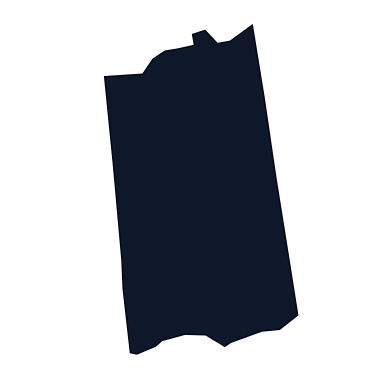 outline of Chester, South Carolina, United States of America, rotated 81°
{"feature_id": "52423323B83893074042223", "entity_name": "Chester", "entity_type": "district", "adm_level": 2, "iso_a3": "USA", "parent_name": "United States of America", "parent_adm1": "South Carolina", "projection": "orthographic", "projection_center": [-81.171, 34.683], "detail": "fine", "context": "isolated", "style": "filled", "palette": "ink", "viewbox_px": 384, "rotation_deg": 81, "n_neighbors": 0, "source": "geoboundaries", "source_scale": "gbopen_adm2", "svg_char_len": 506}
<svg xmlns="http://www.w3.org/2000/svg" viewBox="0 0 384 384"><g transform="rotate(81 192 192)"><path d="M64.5,260.2L154.6,265.4L248.4,271.8L277.5,275.1L341.0,277.9L343.3,271.8L338.5,252.3L333.9,244.9L331.3,221.2L335.2,200.6L349.5,183.8L346.5,177.5L340.2,144.9L341.3,127.0L330.0,106.9L261.9,106.9L188.4,107.0L111.0,106.1L36.7,106.4L49.2,130.9L49.4,143.8L34.5,153.9L36.5,166.7L47.6,166.6L48.7,185.2L48.7,196.6L54.8,209.8L68.0,222.2L64.5,260.2Z" fill="#0f172a" stroke="#020617" stroke-width="1.5"/></g></svg>